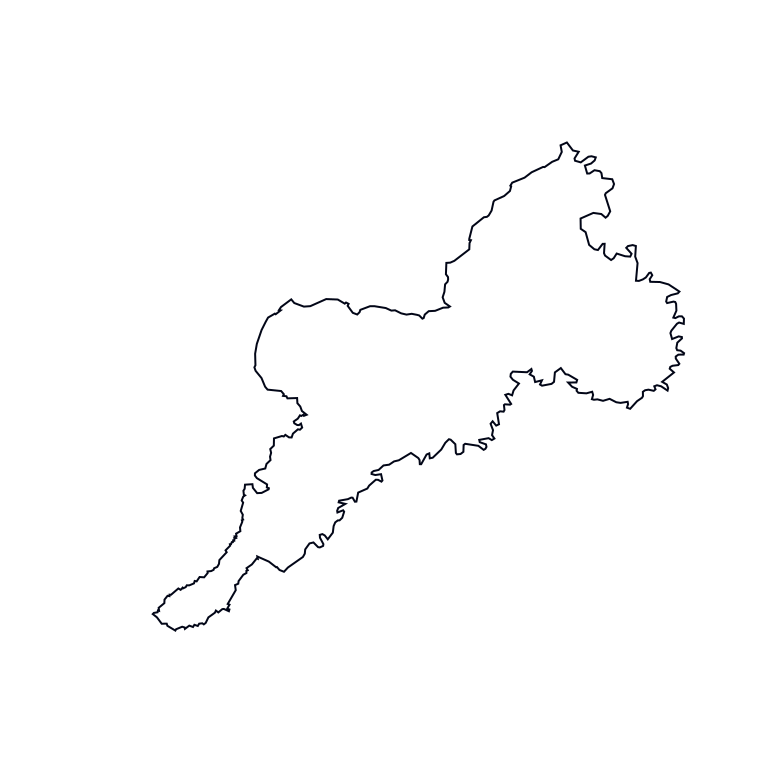 outline of Nyarugenge, Kigali City, Rwanda, rotated 245°
{"feature_id": "39286606B91255837333217", "entity_name": "Nyarugenge", "entity_type": "district", "adm_level": 2, "iso_a3": "RWA", "parent_name": "Rwanda", "parent_adm1": "Kigali City", "projection": "robinson", "projection_center": [30.031, -1.971], "detail": "fine", "context": "isolated", "style": "outline", "palette": "ink", "viewbox_px": 768, "rotation_deg": 245, "n_neighbors": 0, "source": "geoboundaries", "source_scale": "gbopen_adm2", "svg_char_len": 6137}
<svg xmlns="http://www.w3.org/2000/svg" viewBox="0 0 768 768"><g transform="rotate(245 384 384)"><path d="M499.9,335.7L497.3,323.2L495.4,320.1L494.4,321.5L493.0,315.3L493.9,314.8L493.2,307.0L490.3,303.0L484.7,295.9L474.1,285.7L465.9,280.0L455.3,275.4L453.9,273.6L450.2,273.2L441.2,275.5L431.8,275.1L428.1,276.1L421.1,287.8L417.1,288.9L415.9,287.5L414.1,290.4L411.8,290.4L408.0,299.3L403.2,297.4L399.0,298.6L394.2,298.2L388.8,300.9L389.0,298.0L390.2,297.9L390.0,295.5L391.1,294.6L389.0,291.2L388.2,286.4L386.3,286.1L383.5,288.0L382.7,289.6L383.2,292.0L379.1,291.4L378.1,288.5L379.3,286.8L377.5,280.5L374.6,277.7L375.7,275.4L379.6,273.1L378.8,271.0L380.0,269.5L381.2,261.3L374.7,258.1L373.1,253.4L369.3,252.6L366.3,250.0L363.0,249.0L361.2,243.7L357.6,240.7L358.9,234.5L357.6,229.3L355.6,228.3L352.4,229.0L342.4,235.6L339.8,234.1L338.2,235.6L337.3,234.9L337.0,227.1L338.7,222.9L345.3,221.3L348.8,222.4L351.5,215.5L347.9,213.4L346.7,211.5L342.9,210.2L341.8,211.0L341.4,208.8L338.6,205.8L336.0,206.2L329.5,200.5L325.2,200.8L322.3,198.9L320.6,199.0L320.6,197.6L319.1,197.4L314.9,192.9L311.3,191.6L310.9,186.7L308.6,186.1L308.9,184.7L308.0,185.2L308.0,183.9L307.0,184.4L307.2,183.1L305.3,182.1L306.0,181.2L304.6,180.2L305.0,179.2L303.6,177.8L303.9,176.6L302.5,176.3L300.2,170.1L298.0,170.3L294.0,160.4L290.7,158.4L288.7,155.6L288.8,152.2L287.6,151.0L287.5,148.3L288.7,144.8L287.2,144.3L284.8,139.3L287.0,135.3L284.3,130.8L285.5,129.2L283.6,127.5L283.8,122.5L284.9,120.2L283.7,118.4L283.7,115.5L284.5,115.4L283.4,112.7L285.6,111.2L283.0,101.9L283.7,100.6L282.4,99.9L283.5,98.3L281.4,94.0L278.2,92.3L276.4,85.2L273.5,84.3L274.3,83.4L272.8,82.3L273.8,78.7L273.2,77.2L268.5,79.6L260.7,81.2L258.6,85.8L256.4,85.5L248.7,90.7L249.6,91.9L249.3,98.5L247.6,100.4L246.2,100.1L247.3,105.4L244.5,108.2L245.9,110.4L243.4,113.0L244.9,115.2L243.9,118.2L242.3,119.1L242.8,121.4L246.7,126.2L248.2,134.1L249.7,135.9L247.0,137.3L248.3,142.3L247.8,143.8L243.6,147.4L245.0,148.6L246.6,146.9L249.3,150.7L250.7,149.4L259.8,162.5L264.7,164.0L264.6,167.5L266.8,168.9L270.6,175.9L270.8,179.4L272.9,180.4L272.8,181.8L275.2,181.6L276.3,188.0L279.7,194.9L278.9,195.7L281.2,196.3L271.7,204.6L263.5,208.8L263.4,209.6L259.6,210.7L256.1,214.0L258.3,219.4L261.5,237.4L263.7,240.5L267.4,242.7L271.0,249.1L270.2,253.1L264.0,255.3L263.0,256.8L263.0,260.4L264.5,261.4L271.7,261.0L274.4,262.0L274.0,264.7L271.8,266.3L267.0,267.4L270.9,274.8L276.5,278.3L279.2,281.3L279.9,284.5L279.2,286.1L280.4,289.6L285.1,293.9L286.8,293.6L287.2,287.5L288.8,287.9L291.0,290.1L291.7,298.3L295.9,292.9L297.2,294.0L294.9,302.6L294.9,306.3L294.2,307.5L289.6,307.9L289.1,309.3L296.5,314.7L296.3,324.7L298.2,327.6L300.7,336.1L299.7,338.1L296.6,340.4L297.2,341.8L303.5,343.2L305.2,337.6L307.7,334.7L309.0,335.4L309.5,337.8L308.4,342.8L310.4,349.1L308.7,354.6L309.6,360.4L308.6,365.2L310.1,379.3L302.4,383.8L300.1,384.1L296.2,382.6L295.6,383.8L302.1,392.8L302.0,395.7L297.3,394.1L296.6,397.0L300.4,408.2L304.8,414.7L306.5,419.5L305.3,420.9L299.3,423.2L291.1,420.0L289.4,420.4L288.2,423.8L289.0,427.3L295.1,430.4L295.5,432.3L288.1,443.4L282.2,446.5L282.4,448.5L283.7,450.3L286.2,450.9L290.8,446.2L293.1,446.7L290.7,455.9L287.6,458.0L287.9,461.0L292.0,460.3L296.1,463.3L302.9,463.8L304.3,466.7L298.9,468.1L298.9,471.2L309.8,474.3L310.2,477.6L308.4,480.7L309.5,482.2L314.2,483.8L314.5,485.0L312.0,489.5L312.2,490.8L322.9,489.4L322.5,492.6L319.6,495.3L323.4,498.7L327.4,506.5L333.4,502.6L337.2,501.7L339.6,503.2L340.8,506.0L334.2,518.6L335.3,523.9L333.3,523.6L331.2,520.1L327.3,522.9L321.9,521.8L320.6,528.7L317.6,525.2L315.7,526.5L313.3,535.9L314.1,539.0L322.3,543.8L323.7,551.0L316.2,552.6L314.6,554.9L306.1,560.8L304.1,559.0L307.5,551.5L302.0,553.3L298.0,556.8L296.5,555.7L293.9,556.4L290.0,563.5L289.0,569.4L285.7,568.9L282.4,566.0L281.0,567.6L279.9,570.9L276.2,575.4L275.2,582.2L269.3,586.8L266.9,590.4L264.9,597.3L262.6,596.7L259.9,594.2L257.5,596.6L261.5,606.1L262.5,612.1L263.6,613.6L267.5,615.3L268.0,618.0L267.1,621.3L263.8,625.6L264.4,627.8L267.7,628.0L267.5,630.9L264.8,634.2L258.2,638.2L260.2,639.8L264.0,640.1L268.4,637.0L271.9,651.7L277.1,649.4L278.5,650.7L278.6,653.2L276.8,658.7L277.5,660.2L283.7,659.2L285.6,660.0L286.2,663.2L284.0,668.0L285.1,669.0L288.9,666.9L290.7,664.0L293.0,664.1L297.5,667.3L299.4,673.3L300.7,673.8L302.6,671.2L303.0,664.1L309.1,665.1L310.9,667.0L314.8,675.0L315.0,677.4L311.8,681.1L316.5,683.5L319.4,682.6L320.7,679.9L320.6,675.9L321.9,674.3L326.9,680.0L333.2,682.6L335.2,682.6L336.3,681.3L337.7,674.8L339.5,674.6L343.2,677.4L343.3,681.8L342.0,688.6L342.9,690.8L354.0,684.0L359.8,677.2L364.1,668.5L366.7,669.1L369.2,673.1L372.2,672.9L372.6,671.3L369.9,666.4L369.4,662.8L369.7,658.6L371.1,656.0L386.4,664.9L393.3,665.5L402.6,670.6L404.8,668.1L405.9,663.4L405.0,661.1L397.4,663.4L395.4,661.0L397.9,656.5L403.9,650.0L400.9,645.3L400.4,642.2L407.0,638.6L409.6,638.7L417.8,643.2L418.6,641.4L415.0,634.5L417.2,631.6L423.4,628.7L436.4,630.9L441.5,627.9L450.9,632.1L450.6,646.0L446.2,652.8L441.1,655.1L441.8,657.8L444.9,662.0L462.0,664.2L463.2,665.6L464.8,673.8L468.0,677.0L473.1,677.4L478.4,668.8L483.2,670.2L485.7,669.5L488.8,665.1L487.9,659.3L488.9,657.1L497.1,658.4L496.3,664.8L497.6,669.4L499.9,671.7L502.7,668.3L503.6,665.3L501.7,656.0L505.6,651.5L507.9,652.0L512.2,658.6L515.8,653.9L525.6,651.8L525.7,644.9L519.2,643.2L514.0,636.9L514.3,630.3L512.7,621.2L513.5,619.9L513.5,607.3L511.6,598.6L512.3,585.3L510.3,582.3L509.4,582.8L505.7,579.7L503.6,572.4L503.7,561.7L502.9,560.3L495.7,554.8L492.5,550.1L492.0,547.9L492.9,545.0L489.4,530.7L479.5,522.6L478.5,522.1L477.6,523.5L475.6,521.1L470.0,518.2L465.9,499.8L466.0,495.3L467.4,491.7L457.3,486.5L453.9,487.2L451.8,486.4L449.8,484.8L448.5,481.5L442.0,477.7L437.8,473.8L431.9,473.3L426.4,476.5L426.2,474.6L428.2,469.8L428.7,461.3L431.1,455.3L429.7,450.3L427.0,447.8L427.0,446.4L431.2,444.9L432.6,443.3L435.9,438.8L437.4,433.7L440.8,429.4L446.1,425.2L447.4,421.7L452.1,417.7L458.5,408.3L460.4,404.3L461.2,393.9L459.4,392.2L458.3,389.1L461.7,385.8L470.2,384.1L471.6,385.8L473.9,384.0L473.4,382.4L480.1,377.8L485.4,367.5L485.7,350.1L488.0,344.1L495.3,336.9L499.9,335.7Z" fill="none" stroke="#020617" stroke-width="2"/></g></svg>